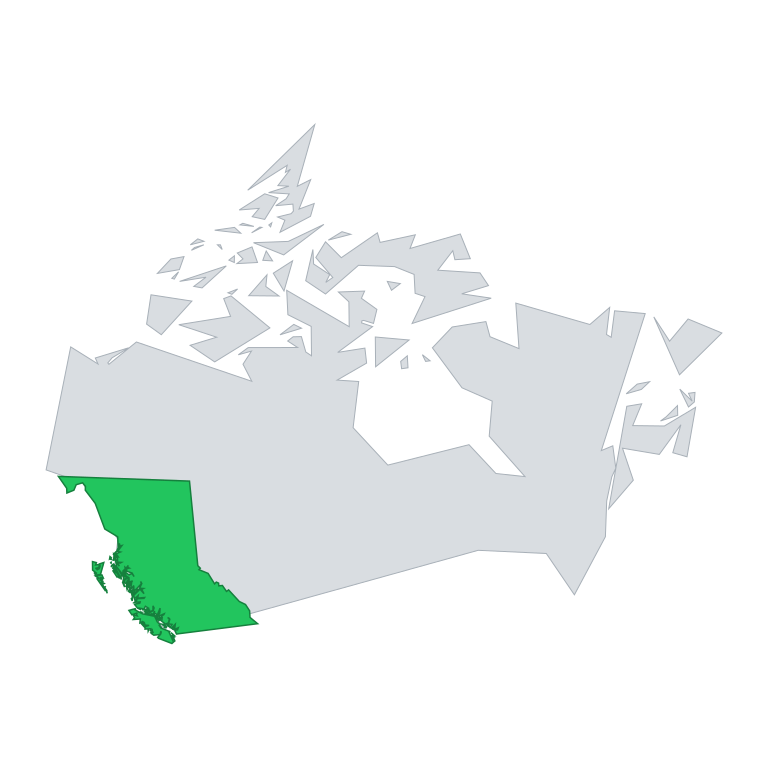 where British Columbia sits in Canada
{"feature_id": "CAN-633", "entity_name": "British Columbia", "entity_type": "Province", "adm_level": 1, "iso_a3": "CAN", "parent_name": "Canada", "parent_adm1": "", "projection": "albers", "projection_center": [-126.982, 54.153], "detail": "fine", "context": "in_parent", "style": "filled", "palette": "green", "viewbox_px": 768, "rotation_deg": 0, "n_neighbors": 0, "source": "natural_earth", "source_scale": "10m", "svg_char_len": 9843}
<svg xmlns="http://www.w3.org/2000/svg" viewBox="0 0 768 768"><path d="M117.9,539.5L82.6,482.8L46.1,469.9L70.7,346.9L98.0,364.0L95.3,358.0L128.6,347.8L112.1,357.8L107.8,362.9L108.9,364.3L136.4,342.0L251.8,381.3L243.0,364.2L251.5,351.1L238.3,354.8L248.2,347.6L297.6,347.5L287.7,341.0L293.1,336.8L301.4,336.6L305.8,352.0L311.5,355.8L311.2,326.4L287.9,314.7L286.7,290.3L349.2,326.7L348.9,301.8L338.4,292.0L364.6,291.1L361.4,298.3L376.9,309.4L373.5,323.4L363.7,320.4L361.9,320.8L361.6,322.9L372.6,326.6L337.7,352.4L364.9,348.1L366.6,363.1L337.1,380.1L358.7,381.5L353.1,427.7L387.8,465.1L469.0,444.7L495.9,473.5L525.0,476.6L489.2,436.2L492.2,401.1L462.0,387.8L432.4,347.8L452.2,327.0L485.9,321.6L490.0,336.7L519.0,348.6L515.8,303.1L589.9,324.5L609.7,307.4L606.5,334.5L611.2,337.3L614.6,310.8L645.2,313.6L601.3,450.6L612.8,445.8L615.8,468.2L611.8,476.8L606.7,500.9L605.4,536.7L574.4,594.8L546.3,553.5L478.1,550.3L176.6,634.1L159.8,608.8L135.1,605.2L143.6,592.7L131.8,596.4L128.8,567.8L114.2,569.2L117.9,539.5ZM325.8,282.4L332.8,277.5L315.8,257.5L325.5,241.8L341.3,257.7L377.4,232.8L380.1,242.4L415.3,234.8L410.0,248.5L460.3,234.0L470.3,258.7L454.9,259.7L452.8,250.7L437.8,270.2L480.0,272.9L488.5,285.6L461.7,293.8L491.2,298.2L412.1,323.5L425.0,296.6L415.1,293.3L414.1,274.4L394.6,266.6L358.5,265.3L325.5,294.0L305.7,280.7L312.9,249.5L313.6,264.0L329.7,274.6L325.8,282.4ZM247.7,190.2L314.8,124.5L297.3,186.3L310.7,179.6L299.0,209.1L314.2,203.5L310.5,216.3L280.0,232.3L284.9,220.2L277.6,217.0L291.1,213.7L293.4,211.1L292.9,204.1L275.7,205.7L286.1,198.8L289.2,193.9L268.6,192.6L288.9,186.2L277.9,185.6L290.5,169.2L285.4,172.4L287.2,165.3L247.7,190.2ZM178.8,324.7L230.6,316.4L223.7,298.6L231.0,295.9L269.9,327.9L214.7,361.9L190.1,345.3L216.7,337.2L178.8,324.7ZM659.3,454.4L622.5,448.2L633.3,480.2L608.7,508.8L626.8,406.3L641.7,403.8L632.7,425.6L664.4,426.0L695.6,407.3L687.0,456.8L672.8,452.7L680.9,424.7L659.3,454.4ZM151.0,294.8L191.9,301.1L161.3,334.7L146.6,324.1L151.0,294.8ZM239.2,210.0L264.7,193.8L278.0,198.0L264.7,219.4L252.2,216.7L259.1,208.4L239.2,210.0ZM253.5,242.7L288.3,241.4L323.9,224.4L283.7,254.9L253.5,242.7ZM179.6,281.4L226.3,265.9L202.1,287.9L193.8,286.4L206.0,277.2L179.6,281.4ZM653.8,316.9L669.6,341.2L688.1,319.0L721.9,333.0L679.5,374.8L653.8,316.9ZM248.7,295.7L267.0,274.8L265.8,286.5L279.0,296.0L248.7,295.7ZM375.6,366.8L375.3,337.0L409.1,340.0L375.6,366.8ZM273.3,273.2L292.6,260.8L284.0,291.0L273.3,273.2ZM184.0,256.6L179.4,269.6L157.4,273.4L170.9,259.0L184.0,256.6ZM252.0,246.9L257.5,262.5L236.9,263.6L243.0,258.9L237.3,253.0L252.0,246.9ZM214.7,230.2L234.5,227.4L240.8,233.2L214.7,230.2ZM129.5,611.4L154.5,616.6L175.2,641.4L129.5,611.4ZM328.3,240.1L342.0,231.7L350.8,234.3L328.3,240.1ZM280.0,334.8L293.8,324.4L301.5,328.2L280.0,334.8ZM266.2,251.0L272.6,260.9L262.8,260.3L266.2,251.0ZM242.8,223.3L253.9,226.4L239.9,224.9L242.8,223.3ZM387.3,281.4L400.3,283.6L391.5,290.3L387.3,281.4ZM194.5,247.5L203.9,244.8L191.4,250.3L194.5,247.5ZM237.6,289.0L231.9,294.3L228.0,292.8L237.6,289.0ZM679.8,389.1L692.2,401.2L688.5,393.3L695.0,392.4L694.3,402.0L688.5,407.0L679.8,389.1ZM197.8,238.9L204.0,241.3L190.3,244.8L197.8,238.9ZM649.6,381.7L641.4,389.4L626.2,393.8L637.2,384.1L649.6,381.7ZM407.3,355.8L408.0,367.8L401.6,368.7L400.7,361.4L407.3,355.8ZM94.1,573.6L103.7,562.8L100.1,574.7L94.1,573.6ZM251.6,232.8L259.8,227.1L261.9,227.4L251.6,232.8ZM234.4,255.8L234.3,262.5L228.9,260.1L234.4,255.8ZM660.5,421.0L666.2,416.8L677.5,405.6L677.7,415.3L660.5,421.0ZM422.4,354.7L430.1,360.8L425.6,361.4L422.4,354.7ZM178.6,271.8L174.3,279.1L171.8,278.3L178.6,271.8ZM271.8,222.8L270.6,226.9L268.8,225.0L271.8,222.8ZM220.4,244.8L222.2,249.5L217.4,244.8L220.4,244.8ZM95.6,576.1L100.1,580.0L105.7,590.4L95.6,576.1Z" fill="#d9dde1" stroke="#a8b0b8" stroke-width="1"/><path d="M257.6,623.7L176.5,634.0L174.9,630.2L177.5,629.9L178.3,627.7L174.6,629.4L175.3,624.2L172.4,627.1L172.2,628.7L167.4,625.6L168.4,624.0L170.0,627.2L172.0,624.4L168.5,623.8L169.8,619.2L169.1,618.3L167.6,617.5L169.4,619.0L168.4,622.9L165.4,624.1L160.4,620.1L161.7,620.9L162.3,617.4L161.3,616.2L163.9,614.6L164.3,613.7L158.0,616.4L159.8,612.8L160.1,608.1L157.2,615.1L155.6,613.5L153.7,614.5L154.7,611.0L152.8,614.9L151.8,613.7L149.9,614.5L147.5,613.9L153.2,610.6L154.1,608.0L153.0,605.8L153.0,610.2L150.6,611.6L148.1,611.8L149.6,610.2L148.3,609.1L145.1,609.6L148.4,608.1L145.4,606.3L144.0,609.0L139.8,608.2L141.0,609.8L137.5,608.1L134.4,604.1L139.3,603.4L140.0,602.9L140.2,601.9L134.5,602.3L136.5,600.8L137.2,598.7L144.0,598.4L144.6,597.5L137.6,598.1L138.2,595.4L135.7,597.7L137.2,598.2L135.1,601.0L133.7,595.4L140.0,589.2L144.0,593.7L141.7,589.4L143.4,588.5L139.6,588.2L141.8,583.5L140.6,581.4L141.3,583.8L136.0,589.4L133.9,590.5L133.8,586.4L132.7,588.7L133.9,585.5L130.3,589.7L129.5,589.4L131.0,587.1L131.8,581.5L132.7,580.9L129.2,582.0L129.0,577.7L126.0,575.8L125.1,571.9L129.0,574.9L132.0,573.5L134.1,576.6L132.1,573.0L126.5,571.1L126.8,568.6L129.3,568.1L127.5,567.2L128.3,565.4L125.5,568.9L125.8,567.9L125.0,567.2L125.2,568.9L123.1,570.8L122.5,574.2L116.2,566.2L116.7,563.3L119.3,566.2L117.7,562.9L120.1,563.1L121.4,562.4L118.5,562.2L116.1,563.2L115.3,559.8L113.4,560.2L114.0,556.6L116.8,560.8L117.6,561.1L117.5,558.4L114.5,556.2L115.6,555.6L117.3,557.0L118.4,557.0L116.2,553.8L120.4,552.0L117.6,551.4L122.0,545.5L120.1,546.0L119.3,543.3L119.5,546.9L116.6,551.6L118.2,547.7L117.7,536.8L104.8,529.0L95.2,503.3L85.3,490.2L85.4,486.3L82.6,482.8L76.2,484.7L73.9,490.2L66.9,493.0L66.7,488.3L58.4,476.4L189.5,481.1L197.8,565.7L200.3,568.2L199.0,569.7L208.1,573.4L214.6,583.9L216.3,582.1L218.6,583.1L218.8,585.8L222.4,585.5L226.5,591.4L228.6,589.9L239.3,601.5L245.5,604.5L249.6,610.8L250.0,617.4L257.6,623.7ZM174.8,640.9L171.9,643.5L158.5,638.3L157.7,637.4L160.6,634.3L161.2,632.4L160.9,631.1L160.1,634.5L153.8,635.2L151.4,633.5L153.7,631.9L152.5,632.7L152.2,629.7L149.9,631.0L150.6,630.4L150.9,628.7L145.0,629.1L145.2,626.6L149.1,625.4L145.0,625.1L144.3,622.5L142.6,621.5L139.9,622.9L140.3,619.0L133.3,619.5L134.6,617.7L133.1,614.7L137.3,615.9L136.3,613.9L137.5,612.8L131.9,614.8L128.9,610.4L133.6,609.1L142.4,613.8L154.6,616.3L157.3,621.9L160.0,624.6L159.2,625.4L160.9,628.0L168.6,631.1L172.8,640.4L173.8,638.3L174.8,640.9ZM95.4,575.1L94.6,572.7L97.0,573.5L92.6,570.1L92.5,561.6L96.4,562.6L95.5,565.0L99.6,564.4L98.8,567.5L95.3,568.4L97.8,568.9L96.6,570.1L99.3,568.6L100.2,566.0L99.5,563.9L103.8,562.5L100.5,574.5L95.4,575.1ZM106.6,590.2L105.2,590.6L97.1,578.9L99.0,578.2L95.5,576.0L101.9,574.9L103.3,578.0L100.0,577.4L103.1,579.6L100.5,579.2L100.0,580.0L102.6,581.2L101.0,582.4L104.3,587.5L105.7,586.3L104.7,587.7L106.6,590.2ZM126.2,583.7L123.6,581.7L124.5,581.5L124.1,581.0L126.0,579.1L125.7,578.6L123.2,580.2L124.2,575.4L128.5,579.4L127.9,585.0L126.6,585.1L127.6,580.8L127.5,580.0L126.2,583.7ZM114.9,566.9L118.2,569.2L122.1,575.8L120.0,576.3L114.9,566.9ZM118.7,576.1L117.0,577.0L112.6,570.4L116.9,573.0L118.7,576.1ZM134.9,590.1L139.2,589.3L133.6,594.0L134.9,590.1ZM143.3,622.7L144.1,626.7L141.3,623.6L143.3,622.7ZM113.4,565.6L111.6,565.8L111.2,567.2L111.6,565.4L113.7,564.0L115.2,566.1L113.1,567.5L113.4,565.6ZM132.6,596.6L131.4,593.0L133.2,592.8L132.6,596.6ZM123.8,583.1L124.6,587.1L122.4,581.9L123.8,583.1ZM132.6,597.3L132.2,600.9L131.3,598.6L132.6,597.3ZM130.2,584.0L128.9,588.2L129.7,582.5L130.2,584.0ZM123.5,574.2L123.6,570.9L126.4,569.8L125.9,571.6L125.1,571.5L124.1,572.5L123.5,574.2ZM144.5,611.8L147.4,609.7L148.3,610.7L147.4,612.1L144.5,611.8ZM162.0,624.2L164.8,624.7L166.9,627.5L164.0,626.0L162.0,624.2ZM114.1,570.6L114.8,568.2L116.0,571.4L114.1,570.6ZM128.2,585.0L128.7,587.4L127.0,586.3L126.8,586.7L126.0,586.2L128.2,585.0ZM123.6,578.1L122.6,574.9L123.2,575.1L123.6,578.1ZM156.9,616.5L156.2,614.9L158.4,618.0L157.6,619.2L157.6,617.7L156.9,616.5ZM115.4,554.0L113.9,553.9L116.3,551.4L115.4,554.0ZM124.9,572.1L125.3,575.1L123.6,574.5L124.9,572.1ZM157.1,620.3L156.0,619.0L155.8,617.2L157.3,617.9L157.1,620.3ZM110.0,556.6L111.2,557.6L109.6,558.8L110.0,556.6ZM126.5,587.2L127.6,588.9L127.1,589.7L126.5,587.2ZM130.9,590.5L129.9,592.4L128.4,591.3L129.0,590.2L130.9,590.5ZM121.0,576.9L121.4,579.5L120.2,577.1L121.0,576.9ZM174.2,637.1L172.7,637.7L172.0,634.8L173.0,636.2L174.2,637.1ZM102.2,582.3L102.5,582.3L102.4,582.5L104.2,583.5L102.9,584.1L102.2,582.3ZM132.2,591.0L132.9,589.4L133.6,590.8L132.2,591.0ZM149.0,629.3L148.2,631.0L148.1,629.6L149.0,629.3ZM160.3,619.2L159.5,616.7L161.0,618.5L160.3,619.2ZM131.4,592.5L130.3,591.8L131.6,590.8L131.4,592.5ZM106.4,591.0L106.9,591.7L107.2,593.3L106.4,591.0ZM158.8,620.6L158.8,617.7L159.8,619.9L158.8,620.6ZM146.7,613.1L148.0,613.2L144.5,613.7L146.7,613.1ZM130.6,585.2L130.2,582.7L131.5,582.1L130.6,585.2ZM132.1,591.5L133.1,592.4L131.8,591.4L132.1,591.5ZM145.0,610.1L142.0,609.7L144.3,609.4L145.0,610.1ZM154.5,615.0L155.3,615.9L154.0,615.8L154.4,615.4L154.5,615.0ZM161.2,616.7L161.9,617.7L161.2,616.7ZM113.8,555.5L113.7,554.2L114.1,554.7L113.8,555.5ZM173.9,635.8L171.0,632.6L174.6,635.8L173.9,635.8ZM128.6,584.4L128.5,582.9L128.8,581.4L128.6,584.4ZM153.9,614.9L153.2,615.7L151.9,615.5L153.9,614.9ZM151.0,632.3L152.0,631.6L152.0,632.8L151.0,632.3ZM140.3,611.9L142.7,612.5L139.9,612.3L140.3,611.9ZM151.7,614.5L151.5,615.4L150.3,615.0L151.7,614.5ZM167.2,624.1L166.1,624.7L167.7,623.6L167.2,624.1ZM173.9,627.9L173.2,626.7L174.1,627.3L173.9,627.9ZM111.1,562.3L111.5,563.6L110.7,562.8L111.1,562.3ZM164.8,627.2L166.5,628.1L164.6,627.4L164.8,627.2ZM134.0,609.0L135.2,608.7L135.5,609.5L134.0,609.0ZM113.3,568.7L112.3,567.5L113.5,568.3L113.3,568.7ZM114.8,555.2L115.6,555.4L114.5,555.7L114.8,555.2ZM119.0,577.5L119.9,578.4L118.6,577.5L119.0,577.5ZM110.4,559.2L111.0,558.4L111.5,559.4L110.4,559.2ZM169.7,631.4L170.2,632.3L169.4,631.6L169.7,631.4ZM145.8,612.4L146.8,612.6L145.1,612.8L145.8,612.4ZM160.5,626.3L161.8,627.9L160.6,627.1L160.5,626.3ZM173.9,628.3L173.7,629.4L173.2,629.3L173.9,628.3Z" fill="#22c55e" stroke="#15803d" stroke-width="1.5"/></svg>